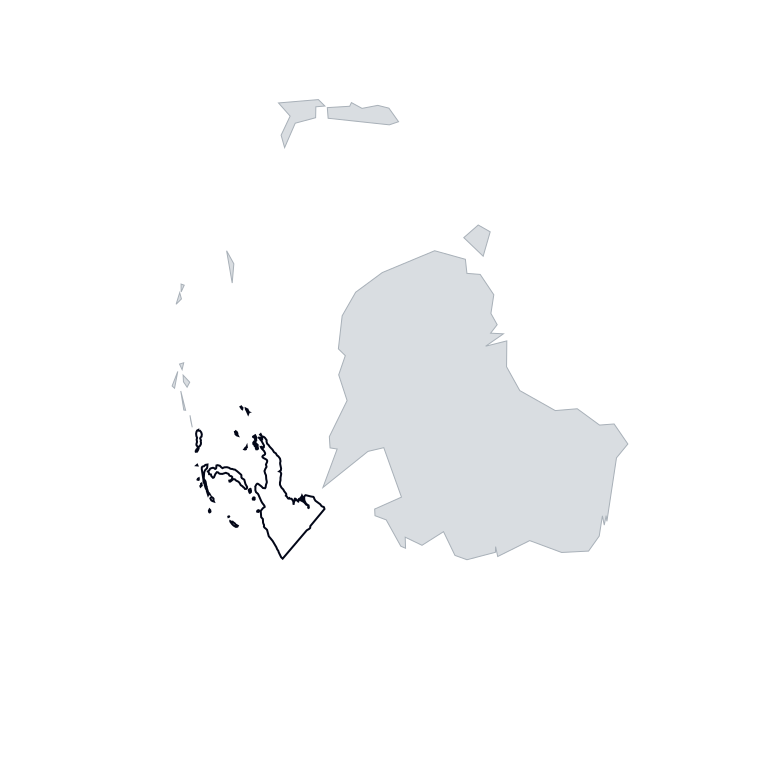 Oceania, with Papua New Guinea highlighted, rotated 221°
{"feature_id": "PNG", "entity_name": "Papua New Guinea", "entity_type": "country or territory", "adm_level": 0, "iso_a3": "PNG", "parent_name": "Oceania", "parent_adm1": "", "projection": "orthographic", "projection_center": [148.76, -6.492], "detail": "fine", "context": "in_parent", "style": "outline", "palette": "ink", "viewbox_px": 768, "rotation_deg": 221, "n_neighbors": 5, "source": "natural_earth", "source_scale": "50m", "svg_char_len": 7852}
<svg xmlns="http://www.w3.org/2000/svg" viewBox="0 0 768 768"><g transform="rotate(221 384 384)"><path d="M597.5,320.4L602.7,326.3L599.6,327.5L597.5,320.4ZM598.1,318.9L592.7,315.3L593.2,307.8L598.1,318.9Z" fill="#d9dde1" stroke="#a8b0b8" stroke-width="1"/><path d="M564.8,360.6L590.2,381.3L576.2,376.2L564.8,360.6Z" fill="#d9dde1" stroke="#a8b0b8" stroke-width="1"/><path d="M551.4,264.9L549.1,268.6L545.8,262.4L551.4,264.9ZM542.6,243.5L547.9,258.2L539.3,243.4L542.6,243.5ZM541.4,258.9L531.8,257.9L530.5,252.4L536.8,254.1L541.4,258.9ZM518.0,233.0L532.8,245.4L516.5,234.0L518.0,233.0ZM506.1,229.8L509.9,233.1L500.3,225.5L506.1,229.8Z" fill="#d9dde1" stroke="#a8b0b8" stroke-width="1"/><path d="M648.0,526.9L620.1,555.6L611.0,555.0L617.3,548.5L610.3,540.1L622.1,522.6L614.1,497.2L624.9,504.3L630.6,524.6L648.0,526.9ZM550.0,583.1L600.5,547.9L608.1,555.4L592.1,571.1L593.2,575.0L581.4,577.6L571.5,590.2L561.3,595.4L545.1,591.5L550.0,583.1Z" fill="#d9dde1" stroke="#a8b0b8" stroke-width="1"/><path d="M393.0,545.5L419.8,546.8L417.2,565.8L403.7,568.5L393.0,545.5ZM237.3,476.3L221.9,492.1L194.4,494.4L184.1,504.8L160.6,498.7L160.1,480.8L125.7,426.6L130.0,430.4L125.2,422.0L132.7,427.8L121.8,410.4L120.0,392.1L139.4,373.4L171.3,361.4L185.0,328.4L193.1,334.5L189.5,330.1L206.1,305.8L218.0,301.2L242.2,311.6L249.5,287.2L267.5,282.3L260.0,274.2L264.9,272.6L293.2,282.9L304.4,278.7L309.0,283.5L296.6,310.1L342.4,335.8L351.9,322.6L362.2,265.8L376.7,304.2L382.8,300.4L390.7,308.4L401.0,347.3L424.2,361.2L431.8,380.0L441.5,380.6L460.3,408.0L465.6,434.7L458.4,467.0L433.2,517.8L404.4,531.5L394.0,521.9L383.3,529.8L359.7,523.4L349.6,507.4L337.5,503.0L336.9,492.3L326.8,500.2L332.1,479.2L319.6,497.1L302.8,477.4L277.2,468.1L237.3,476.3Z" fill="#d9dde1" stroke="#a8b0b8" stroke-width="1"/><path d="M346.9,250.6L346.4,228.5L345.3,226.9L345.4,225.6L346.3,222.9L345.9,185.7L348.0,185.8L353.0,187.9L354.5,188.8L356.0,189.1L358.2,190.2L365.1,192.5L371.1,193.5L376.6,197.2L378.5,197.3L379.7,197.2L380.7,197.4L381.2,197.7L381.4,198.2L382.2,199.0L383.3,199.4L384.4,200.1L386.8,202.6L389.3,202.9L393.6,207.2L393.8,207.9L393.9,210.8L393.4,213.0L394.5,213.7L398.0,214.4L399.9,215.1L406.2,218.1L407.1,218.4L409.6,218.4L411.5,219.5L413.1,221.5L413.8,222.0L414.4,224.4L414.3,225.5L413.9,225.9L412.9,226.1L409.4,226.3L407.1,226.1L405.4,227.3L405.5,228.2L407.0,230.6L407.8,232.7L408.5,233.5L410.5,235.0L413.1,237.6L415.2,238.6L417.1,239.9L417.9,242.2L418.3,244.4L420.3,245.8L421.0,248.2L421.6,249.3L422.6,249.8L423.7,249.7L426.7,249.0L427.7,249.1L428.2,249.5L428.3,250.6L427.8,251.8L427.7,252.9L428.3,253.8L430.4,254.7L434.2,255.1L435.7,255.7L435.4,256.2L433.2,256.9L433.2,257.5L434.3,258.9L439.1,260.7L440.8,260.9L442.1,261.4L443.9,261.2L441.8,262.2L439.9,261.9L439.6,262.2L440.3,263.1L441.9,264.0L441.6,264.4L440.2,265.2L438.6,265.3L435.7,264.6L435.0,263.6L433.1,262.3L431.0,262.2L429.2,261.7L425.1,261.3L422.3,260.4L420.1,260.7L418.5,260.1L417.4,259.9L416.4,260.1L413.6,259.5L411.5,257.9L410.9,256.7L410.0,255.6L406.2,252.7L405.3,251.3L405.6,249.5L405.1,249.8L404.6,249.7L403.0,249.1L402.4,248.4L400.6,245.3L399.0,243.5L397.9,241.4L396.4,239.7L393.4,238.5L390.8,238.3L389.0,237.6L385.9,237.0L385.1,236.3L384.8,235.3L383.9,235.4L381.3,234.7L380.7,235.0L380.6,235.8L379.8,235.7L378.5,236.7L377.7,236.6L375.3,235.8L373.6,234.1L372.9,233.7L373.8,234.6L375.8,238.5L374.8,238.5L375.2,239.3L374.7,239.4L371.9,239.0L371.6,239.1L372.6,241.1L367.5,242.3L365.6,242.3L363.7,241.9L361.9,242.4L361.1,242.4L360.1,240.9L358.7,241.2L359.9,241.2L360.6,242.4L361.4,242.9L362.4,242.6L364.6,242.6L367.7,243.9L369.6,245.7L370.3,246.7L370.4,248.2L370.2,248.7L365.3,251.2L363.2,252.5L362.2,252.2L360.8,251.4L359.1,250.9L353.2,251.4L351.1,250.9L350.0,251.1L349.2,251.5L348.4,251.6L346.9,250.6ZM453.8,201.2L455.3,202.2L456.8,201.2L457.5,201.9L459.6,202.5L459.2,204.0L459.6,205.3L459.5,206.4L459.0,207.3L458.1,208.6L457.2,209.0L455.7,209.1L455.4,209.8L455.5,210.5L457.0,212.6L456.3,213.6L454.2,214.6L452.5,214.4L450.7,214.5L449.8,216.4L447.9,218.2L446.0,219.1L444.8,219.2L443.7,219.6L442.7,220.4L441.5,220.8L440.3,221.6L437.5,221.8L432.2,221.8L431.7,221.5L430.5,220.1L429.5,219.7L426.7,220.1L422.9,217.6L419.8,216.5L419.1,215.6L419.2,214.4L420.1,213.6L421.4,214.0L422.4,213.8L423.6,214.0L425.7,213.7L428.2,214.6L429.3,214.7L430.5,214.6L432.0,214.1L434.0,214.2L435.3,213.4L435.8,210.3L436.1,209.3L436.6,209.0L437.4,209.6L436.5,210.8L436.4,212.0L436.7,213.2L437.5,214.2L438.6,214.3L439.7,213.7L440.8,213.5L441.9,214.1L443.0,214.0L443.5,213.7L444.6,213.4L445.1,213.2L447.0,210.1L448.9,208.6L450.0,208.3L451.3,208.4L452.3,207.8L452.2,205.4L451.1,202.0L451.5,201.0L453.8,201.2ZM494.5,226.3L494.1,227.3L493.9,227.0L493.0,227.3L492.2,228.0L490.2,227.6L488.5,226.5L487.2,224.6L487.4,223.4L487.1,222.4L485.2,221.4L484.6,220.3L483.9,219.9L482.8,218.6L482.3,216.7L482.7,214.7L482.6,213.7L483.9,214.5L485.2,214.7L486.1,215.5L487.1,217.6L488.9,219.1L489.8,220.8L491.4,221.6L493.2,223.2L494.2,225.0L494.5,226.3ZM465.7,205.8L464.4,207.4L462.9,205.4L462.3,204.1L462.5,201.9L462.2,200.4L461.5,199.0L458.4,194.9L457.5,194.1L455.3,193.6L454.4,193.1L451.4,190.6L450.3,190.1L449.7,189.4L446.3,187.3L445.4,186.8L444.2,186.8L443.1,186.4L443.9,186.2L444.1,185.5L443.9,184.8L447.4,186.9L447.9,187.7L448.8,187.8L450.4,188.5L452.5,189.8L453.7,190.8L455.9,191.6L457.4,193.2L465.7,200.2L466.8,201.6L466.8,202.6L465.9,203.9L465.7,205.8ZM406.5,178.6L409.8,179.3L410.0,179.3L410.0,179.0L410.2,179.6L409.1,179.7L407.9,180.8L407.2,180.7L405.1,180.9L403.3,180.5L402.8,180.9L402.2,180.8L401.3,181.1L401.1,180.3L401.9,180.1L401.8,179.2L402.4,178.8L403.4,178.8L404.4,178.5L406.5,178.6ZM440.8,252.3L442.1,253.1L442.9,252.9L443.3,253.0L444.2,254.0L444.3,255.5L443.8,255.9L443.9,255.5L443.5,255.4L439.8,255.1L440.6,254.2L439.8,253.2L439.9,252.4L440.8,252.3ZM440.1,185.6L438.1,185.8L437.4,185.6L436.1,184.1L435.3,183.7L436.7,183.1L438.0,182.9L440.0,183.7L440.2,184.4L440.1,185.6ZM446.2,259.1L446.6,259.1L447.3,258.3L447.9,258.1L448.3,258.4L447.6,260.8L445.0,259.8L444.9,258.8L444.3,258.5L443.3,256.6L443.2,255.9L444.0,256.9L445.9,258.2L445.8,258.7L446.2,259.1ZM461.5,248.6L463.2,248.7L463.6,249.2L464.6,249.7L465.1,250.1L464.7,250.7L464.8,251.1L463.8,251.2L462.3,250.6L462.2,250.2L461.5,249.6L460.3,249.1L461.5,248.6ZM470.0,273.7L471.6,274.3L472.2,274.8L470.2,275.3L469.8,274.9L468.5,274.5L468.3,273.9L467.6,274.1L467.9,273.7L467.1,273.1L466.8,272.2L470.0,273.7ZM416.1,217.2L415.7,217.2L415.5,216.8L414.6,216.4L413.6,215.2L413.8,213.8L414.3,213.8L416.3,215.0L416.6,215.4L416.4,216.5L416.1,217.2ZM439.2,252.8L438.8,254.0L438.2,253.8L436.6,252.5L436.9,251.4L437.6,250.9L438.7,251.5L439.2,252.8ZM482.3,213.1L481.6,213.6L481.1,212.4L480.7,210.3L481.6,209.4L482.1,209.8L482.2,210.7L482.6,211.4L482.3,213.1ZM407.6,213.2L407.1,213.3L405.9,212.0L406.0,211.5L407.2,210.8L407.9,211.4L408.1,212.7L407.6,213.2ZM433.0,173.4L433.4,174.9L432.4,174.8L431.2,173.8L431.2,173.1L431.5,172.6L432.1,172.7L433.0,173.4ZM396.1,206.3L395.4,206.6L394.9,206.3L394.7,205.7L394.9,205.0L395.9,204.4L396.3,204.7L396.4,205.4L396.1,206.3ZM446.5,246.2L446.7,246.9L445.9,246.2L446.3,244.6L445.5,244.1L445.9,243.4L446.6,243.1L446.6,244.1L446.8,244.6L446.5,246.2ZM372.4,245.4L372.6,245.9L371.1,245.3L369.1,244.0L368.6,243.4L370.9,244.3L372.4,245.4ZM372.3,243.9L371.9,244.0L370.2,243.3L369.7,242.8L372.3,243.0L372.3,243.9ZM477.3,272.6L477.1,273.2L476.8,273.0L475.7,273.3L475.2,273.2L474.8,272.5L475.7,272.7L475.6,272.1L477.3,272.6ZM462.3,190.4L462.0,191.3L461.4,190.8L461.0,190.1L461.3,189.7L462.0,189.5L462.3,190.4ZM456.6,188.6L456.5,189.1L456.2,189.0L455.2,187.8L455.4,187.5L456.6,188.6ZM444.3,264.5L444.2,265.3L443.2,264.9L443.4,264.4L444.3,264.5ZM455.7,187.2L455.0,187.4L455.1,186.2L455.7,186.5L455.7,187.2ZM414.5,181.8L414.2,182.4L413.1,182.2L413.7,182.1L414.1,181.5L414.5,181.8ZM472.1,199.6L472.0,200.4L471.4,200.1L472.1,199.6Z" fill="none" stroke="#020617" stroke-width="2"/></g></svg>